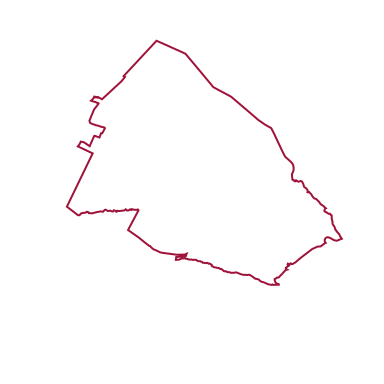 Poiana, Galati, Romania (Mercator projection), rotated 137°
{"feature_id": "2599482B29930611837827", "entity_name": "Poiana", "entity_type": "district", "adm_level": 2, "iso_a3": "ROU", "parent_name": "Romania", "parent_adm1": "Galati", "projection": "mercator", "projection_center": [27.265, 46.007], "detail": "fine", "context": "isolated", "style": "outline", "palette": "rose", "viewbox_px": 384, "rotation_deg": 137, "n_neighbors": 0, "source": "geoboundaries", "source_scale": "gbopen_adm2", "svg_char_len": 5097}
<svg xmlns="http://www.w3.org/2000/svg" viewBox="0 0 384 384"><g transform="rotate(137 192 192)"><path d="M114.8,326.8L162.9,323.4L162.5,321.9L163.2,321.8L167.7,321.1L194.6,321.2L195.0,322.6L195.5,324.0L195.8,325.1L196.3,325.0L196.6,325.4L196.9,325.8L197.0,326.0L197.3,326.3L197.0,326.5L197.3,326.7L197.6,326.8L197.7,327.2L197.9,327.8L198.3,327.7L198.4,328.0L198.6,328.4L200.0,327.7L200.3,327.8L200.4,327.7L202.1,327.6L203.6,327.6L203.1,326.7L202.8,326.2L202.4,325.5L202.2,325.2L202.0,324.8L201.7,324.4L201.6,324.1L201.3,323.8L201.2,323.5L201.0,323.0L200.7,322.2L200.3,321.5L199.9,320.9L199.9,320.5L200.3,320.3L201.1,320.2L202.5,319.9L203.3,319.8L204.1,319.6L204.5,319.6L205.3,319.5L206.4,319.3L207.5,319.1L209.4,318.2L210.9,317.5L212.3,316.9L213.0,316.6L213.6,316.3L214.8,315.8L216.3,315.0L218.5,314.0L219.4,311.9L218.3,309.2L217.3,307.7L216.9,306.6L216.2,305.6L215.4,304.5L214.6,302.8L213.4,300.9L212.0,298.7L212.2,298.0L216.9,296.4L217.7,296.2L218.4,297.0L222.5,295.0L223.9,297.6L224.5,298.9L224.8,299.4L225.3,299.7L235.6,295.3L237.1,302.0L239.0,304.7L240.6,304.0L241.6,303.7L242.2,303.6L242.7,303.4L243.0,303.4L244.4,303.2L238.3,288.0L242.4,286.4L293.5,266.6L291.2,252.8L290.2,251.8L289.3,251.9L288.9,251.7L287.8,252.0L286.9,251.6L286.2,251.2L283.8,249.4L282.4,249.3L281.5,247.7L281.9,247.0L279.6,244.5L275.1,242.1L271.8,239.9L270.7,238.3L268.1,238.4L267.2,238.0L266.5,235.4L264.6,234.2L263.6,232.1L263.1,231.7L261.6,231.9L260.8,230.4L260.9,229.2L260.6,229.0L260.0,229.5L259.5,229.3L258.2,227.7L257.4,227.1L253.9,224.6L252.2,224.5L252.1,222.7L250.8,221.7L249.5,221.7L249.1,221.3L248.8,220.4L248.4,220.1L247.8,220.6L246.5,218.6L244.8,216.8L243.5,216.1L243.6,215.1L264.7,207.8L262.0,195.0L261.2,189.1L260.0,181.6L259.5,181.0L259.6,179.2L259.2,176.2L258.3,174.4L256.4,169.5L255.2,167.8L246.1,156.7L240.1,151.3L238.0,150.5L240.1,149.4L243.8,152.1L247.9,155.2L250.1,153.4L249.6,152.9L247.3,151.2L245.8,150.7L245.1,150.6L244.4,150.1L243.7,149.3L242.8,148.8L242.1,148.3L242.1,147.5L241.4,146.8L241.1,146.5L240.7,145.3L240.1,144.5L238.4,142.9L237.8,141.8L237.1,141.4L235.3,139.7L234.9,137.7L234.3,136.8L233.1,135.7L232.9,134.8L232.4,134.3L232.3,133.6L232.4,133.0L231.9,132.5L230.5,130.6L229.0,129.6L228.7,128.1L228.0,127.7L227.6,126.8L227.4,125.8L227.2,125.3L227.6,124.8L228.0,124.5L227.2,122.0L224.7,118.6L224.2,118.0L224.1,117.2L223.7,116.3L223.2,116.0L222.8,114.8L222.9,114.0L222.6,113.0L222.7,112.5L222.6,112.2L221.8,111.3L221.0,110.6L220.8,109.3L219.8,108.3L218.9,107.2L218.6,106.2L217.1,105.0L216.2,104.1L214.8,103.4L214.2,102.6L213.6,101.3L212.4,98.7L210.9,96.3L209.4,95.1L208.8,94.0L206.8,92.7L206.1,91.4L205.3,88.1L205.2,87.0L204.9,86.4L205.0,85.7L204.9,85.5L203.5,83.7L202.8,82.1L202.9,81.0L202.4,79.0L202.2,78.7L201.3,77.4L200.1,74.6L199.2,72.6L197.2,69.8L196.2,69.5L196.0,68.7L195.0,67.9L193.0,66.2L192.7,65.8L191.8,65.0L191.6,65.3L191.4,65.6L191.8,66.1L192.0,66.2L192.3,66.6L192.4,66.9L192.5,67.2L192.5,67.8L192.6,68.4L192.5,69.0L192.4,69.5L192.0,70.4L191.8,70.9L191.2,71.7L190.8,72.0L190.2,71.7L189.5,71.5L188.0,71.4L187.4,70.7L186.5,70.3L185.4,70.5L184.0,70.6L181.9,70.6L180.5,70.8L179.4,70.9L178.5,70.9L177.7,71.1L176.3,70.9L175.4,70.4L175.6,71.0L175.6,71.6L175.3,72.4L175.1,72.6L173.1,72.3L171.6,72.1L171.9,72.8L171.8,73.2L171.5,73.8L170.7,74.2L170.2,73.2L170.0,72.7L169.1,72.4L168.4,72.4L168.3,72.0L168.3,71.5L168.2,71.2L167.7,70.8L167.2,70.6L165.8,70.4L164.9,70.1L164.1,70.0L157.3,69.7L143.0,68.3L137.5,66.5L135.1,64.5L131.6,64.1L129.9,63.9L128.9,63.6L128.9,64.5L128.4,65.7L127.4,66.6L126.2,67.1L124.7,67.0L123.6,66.4L122.5,64.6L122.0,63.3L121.1,60.3L120.4,59.0L119.3,57.6L118.8,57.3L118.3,57.1L117.8,57.0L116.7,56.6L114.3,55.6L114.1,56.9L113.9,58.5L113.6,59.5L113.5,59.8L113.2,60.5L113.1,61.0L113.2,61.5L113.1,62.0L113.0,62.6L113.2,63.3L113.0,64.1L112.9,64.6L113.0,65.0L112.9,65.1L112.8,65.5L112.7,65.9L112.7,66.0L112.9,66.5L112.6,67.2L112.2,68.0L111.7,68.8L111.5,69.9L111.2,70.9L111.2,71.8L111.1,72.4L110.7,73.0L110.1,73.9L109.5,74.4L109.2,74.8L109.0,75.6L108.4,76.4L107.8,77.3L107.6,77.9L106.6,78.6L106.2,79.1L105.9,79.5L105.8,79.9L106.1,80.4L106.2,80.8L105.9,81.4L105.9,82.0L106.9,82.8L107.1,83.6L107.4,84.5L107.5,84.9L107.4,85.2L107.6,85.6L107.8,86.0L108.0,86.4L108.1,87.0L108.2,87.5L108.2,87.8L107.9,88.1L107.5,88.3L107.0,88.7L106.4,88.8L106.0,89.0L105.6,89.1L105.2,88.9L105.2,89.4L105.4,90.0L105.4,91.2L105.5,92.2L105.6,92.9L105.8,93.6L106.1,94.5L106.1,95.6L106.1,96.8L105.8,97.6L105.8,99.2L105.9,100.8L105.9,102.0L106.7,103.5L107.0,104.2L106.9,105.9L106.8,107.1L106.3,108.9L106.4,111.0L106.3,112.0L107.6,112.8L107.7,113.2L106.6,113.8L106.1,114.9L106.1,116.2L106.0,117.3L106.3,118.2L106.5,118.9L106.2,120.1L105.7,120.9L105.3,121.6L104.9,122.6L104.7,123.6L104.4,124.9L105.3,126.1L107.2,126.9L107.9,129.5L108.7,129.3L108.9,129.9L109.4,129.8L109.5,130.5L109.6,130.4L110.1,132.6L106.8,136.9L104.7,137.7L103.0,138.6L102.0,139.5L101.1,140.5L99.7,142.5L99.1,145.0L99.2,147.4L99.8,154.3L98.1,160.3L92.0,179.3L90.5,184.7L92.6,191.3L94.4,199.6L95.5,209.9L98.4,235.0L104.9,254.1L103.9,271.1L102.5,297.6L108.6,312.2L114.8,326.8Z" fill="none" stroke="#9f1239" stroke-width="2"/></g></svg>